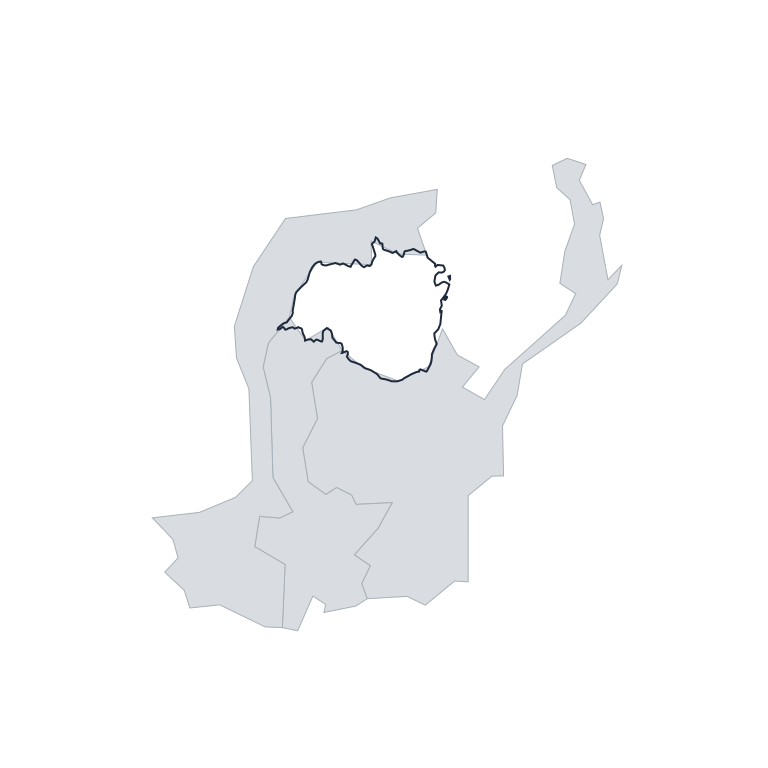 Cambodia highlighted, Robinson projection, rotated 210°
{"feature_id": "KHM", "entity_name": "Cambodia", "entity_type": "country or territory", "adm_level": 0, "iso_a3": "KHM", "parent_name": "Asia", "parent_adm1": "", "projection": "robinson", "projection_center": [105.132, 12.558], "detail": "fine", "context": "with_neighbors", "style": "outline", "palette": "slate", "viewbox_px": 768, "rotation_deg": 210, "n_neighbors": 3, "source": "natural_earth", "source_scale": "50m", "svg_char_len": 4553}
<svg xmlns="http://www.w3.org/2000/svg" viewBox="0 0 768 768"><g transform="rotate(210 384 384)"><path d="M437.0,392.2L410.0,387.5L372.7,393.8L354.1,421.2L360.9,461.0L335.0,445.8L310.2,446.4L314.6,420.5L289.2,420.7L286.7,457.0L261.3,534.2L263.2,558.1L282.0,559.1L293.7,589.2L298.9,617.7L315.0,636.6L332.6,640.4L347.6,657.5L338.1,671.1L318.9,675.0L316.7,658.1L293.0,643.6L287.9,649.5L276.5,636.9L271.6,620.6L242.2,586.3L237.4,605.7L232.0,587.4L243.9,535.2L274.1,470.6L263.0,440.6L260.4,406.9L234.5,364.2L244.5,358.1L255.3,329.4L212.2,254.7L224.3,248.7L237.7,213.1L257.9,211.6L291.2,189.7L303.5,199.9L305.0,219.7L324.3,221.2L317.1,255.9L317.6,285.4L347.9,265.8L356.5,271.6L373.3,270.6L379.1,259.2L400.8,261.4L422.6,288.2L424.3,320.7L447.6,349.4L446.4,377.3L437.0,392.2Z" fill="#d9dde1" stroke="#a8b0b8" stroke-width="1"/><path d="M499.4,394.5L473.8,382.4L460.8,405.1L437.0,392.2L446.4,377.3L447.6,349.4L424.3,320.7L422.6,288.2L400.8,261.4L379.1,259.2L373.3,270.6L356.5,271.6L347.9,265.8L317.6,285.4L317.1,255.9L324.3,221.2L305.0,219.7L303.5,199.9L291.2,189.7L297.4,177.6L321.8,156.1L324.3,163.9L339.5,164.8L335.4,127.1L350.2,122.2L379.4,178.2L414.6,178.5L425.6,207.2L407.3,215.8L399.1,227.7L433.4,247.4L475.4,315.4L497.2,338.3L504.6,361.6L499.4,394.5Z" fill="#d9dde1" stroke="#a8b0b8" stroke-width="1"/><path d="M411.4,517.0L436.4,503.7L466.8,501.3L454.1,481.3L502.7,456.0L506.1,416.5L499.4,394.5L504.6,361.6L497.2,338.3L475.4,315.4L433.4,247.4L399.1,227.7L407.3,215.8L425.6,207.2L414.6,178.5L379.4,178.2L350.2,122.2L365.5,114.2L415.9,110.6L440.1,93.0L453.8,105.4L479.8,111.4L475.4,130.4L488.9,143.8L517.7,152.3L479.7,180.5L455.9,211.6L449.7,234.5L498.6,312.3L524.7,332.7L542.4,359.1L555.8,420.1L552.1,478.1L495.0,521.0L471.4,548.5L435.2,579.2L424.7,558.0L432.9,535.7L411.4,517.0Z" fill="#d9dde1" stroke="#a8b0b8" stroke-width="1"/><path d="M503.3,378.0L503.8,379.8L502.6,383.2L501.3,386.3L498.9,389.0L498.8,391.0L497.9,397.0L498.3,398.9L498.8,400.6L499.6,401.4L501.7,407.3L503.7,412.6L505.5,417.0L505.9,419.7L504.2,426.7L502.2,433.1L502.3,436.4L503.2,439.6L504.2,443.8L504.5,449.3L504.0,452.9L503.1,455.1L501.4,457.4L499.8,458.5L498.0,456.6L496.6,456.5L494.6,457.1L493.1,458.0L489.9,461.3L486.5,464.5L481.7,465.4L479.8,467.8L477.8,468.1L474.0,468.2L471.5,468.8L471.7,470.0L471.5,475.7L471.5,477.1L471.1,477.4L469.4,477.6L466.5,476.7L462.6,475.3L459.8,475.1L458.3,477.6L457.5,478.5L456.4,478.7L455.3,479.1L454.9,480.2L454.8,481.6L455.4,484.0L455.6,487.8L455.4,490.4L456.5,492.0L462.5,497.5L464.3,498.8L464.5,499.6L463.4,502.6L464.4,506.8L462.5,506.7L459.3,504.9L457.8,503.8L456.0,504.7L455.4,504.5L454.1,502.5L452.5,500.4L450.9,500.3L447.4,501.1L443.8,501.7L442.4,501.6L441.9,502.0L439.8,505.2L438.9,504.6L435.3,503.4L432.0,503.0L431.3,503.8L431.7,506.3L432.4,508.8L432.0,509.9L430.2,511.2L427.8,513.6L426.3,515.4L425.3,515.8L421.7,515.8L418.0,516.0L416.6,517.7L415.2,519.1L414.0,519.5L409.3,515.2L399.9,513.7L398.9,511.8L398.0,511.4L397.1,513.9L391.9,516.2L389.7,514.8L388.2,513.1L388.4,511.0L389.9,509.2L392.5,508.0L393.7,503.7L391.7,498.1L390.0,496.5L388.2,495.2L386.3,497.3L384.7,500.8L383.0,502.6L380.6,503.0L377.2,502.9L375.9,497.6L375.4,493.1L375.9,487.9L376.4,484.9L373.1,480.7L372.9,476.6L371.3,474.6L370.9,475.6L370.9,476.8L370.5,475.9L365.2,464.1L364.4,458.7L365.3,454.5L365.8,453.1L364.3,450.8L362.2,448.3L358.4,445.0L358.2,439.8L357.4,433.7L356.2,431.6L354.5,427.8L353.6,424.6L353.3,416.4L353.8,415.7L356.5,415.4L359.9,414.8L360.4,413.5L359.8,412.4L362.0,410.5L365.1,406.4L367.6,402.1L369.3,399.4L370.4,396.7L373.9,392.9L378.7,390.2L382.0,389.6L385.5,388.7L388.8,387.4L390.3,387.3L394.4,388.9L396.6,389.3L398.9,389.2L401.3,389.4L403.4,389.2L408.4,388.2L413.7,389.0L418.4,388.3L424.3,387.1L427.2,387.9L429.8,389.1L430.2,391.7L430.8,392.8L431.6,393.7L432.8,393.7L434.3,391.9L435.6,390.1L436.0,389.8L436.0,390.7L436.6,392.6L437.8,394.6L438.9,395.9L440.8,397.6L442.0,397.7L446.0,396.0L452.0,398.4L452.7,399.6L454.7,402.0L456.8,403.7L461.5,403.8L463.1,399.6L462.3,397.0L459.6,392.5L458.9,389.9L459.8,389.4L464.3,388.9L465.0,388.4L466.0,385.5L467.2,385.8L469.7,386.2L472.4,384.2L474.0,382.1L474.8,383.1L475.8,384.5L476.8,385.4L478.7,386.6L480.8,388.4L482.1,390.1L483.2,390.8L485.9,390.3L486.6,390.4L488.1,388.3L489.2,387.2L490.2,387.5L491.5,387.5L494.3,384.8L495.9,382.3L496.8,381.7L499.3,382.9L500.3,382.6L501.7,379.3L503.3,378.0ZM374.1,490.7L373.6,491.0L373.1,491.0L372.6,490.5L372.7,488.6L373.0,487.4L373.9,487.2L374.1,490.7ZM382.0,509.3L380.9,510.6L379.2,508.0L379.2,507.2L382.0,509.3Z" fill="none" stroke="#1e293b" stroke-width="2"/></g></svg>